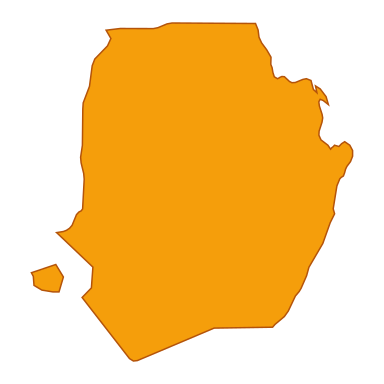 Isabela, orthographic projection
{"feature_id": "PHL-2550", "entity_name": "Isabela", "entity_type": "Province", "adm_level": 1, "iso_a3": "PHL", "parent_name": "Philippines", "parent_adm1": "", "projection": "orthographic", "projection_center": [122.081, 16.969], "detail": "fine", "context": "isolated", "style": "filled", "palette": "amber", "viewbox_px": 384, "rotation_deg": 0, "n_neighbors": 0, "source": "natural_earth", "source_scale": "10m", "svg_char_len": 1419}
<svg xmlns="http://www.w3.org/2000/svg" viewBox="0 0 384 384"><path d="M255.5,23.5L258.1,30.0L259.0,37.2L261.6,42.9L266.7,49.8L271.0,57.2L270.8,64.4L272.1,67.7L272.9,72.5L274.3,76.8L277.5,78.7L278.6,78.2L280.0,77.3L281.9,76.5L284.4,76.7L289.5,81.5L291.9,82.7L295.3,82.5L302.9,79.4L306.4,78.7L311.0,80.5L313.4,89.5L316.9,92.7L315.5,85.9L320.2,88.9L326.1,96.7L328.4,104.6L323.2,100.5L320.2,99.3L318.8,101.8L319.4,106.1L322.1,114.4L322.7,117.9L322.0,122.2L319.1,131.2L318.9,135.2L321.0,139.9L327.9,145.2L330.6,149.2L331.6,147.9L333.4,146.5L334.5,145.2L338.9,146.5L341.6,143.7L344.7,141.7L349.8,145.2L352.6,150.5L352.6,156.2L350.5,161.6L346.9,166.4L345.6,169.1L344.6,172.8L343.4,176.0L341.2,177.4L339.8,178.8L336.9,185.9L333.2,208.8L334.6,213.8L330.2,222.7L322.8,243.5L308.9,267.3L306.6,275.7L301.1,288.3L299.1,291.6L295.4,296.0L288.3,311.0L284.4,316.5L275.0,324.4L272.6,327.2L214.1,328.1L137.3,360.6L133.4,361.0L129.5,358.6L82.1,297.5L91.4,287.9L92.9,267.1L56.6,232.6L63.4,231.5L66.5,230.3L69.5,228.3L72.1,225.3L76.5,214.6L78.9,212.0L81.1,210.9L82.6,209.0L84.2,179.2L83.7,173.5L81.1,162.8L80.6,157.3L82.4,145.3L82.8,109.1L83.2,102.9L89.5,86.3L92.2,65.7L94.8,59.0L107.5,45.9L110.9,38.5L106.1,30.2L120.2,28.5L153.3,28.6L157.9,27.7L167.0,23.9L172.1,23.0L255.5,23.5ZM52.8,291.9L41.9,290.1L34.0,285.4L33.3,276.3L31.4,272.7L55.8,264.5L63.4,277.0L59.0,291.9L52.8,291.9Z" fill="#f59e0b" stroke="#b45309" stroke-width="1.5"/></svg>